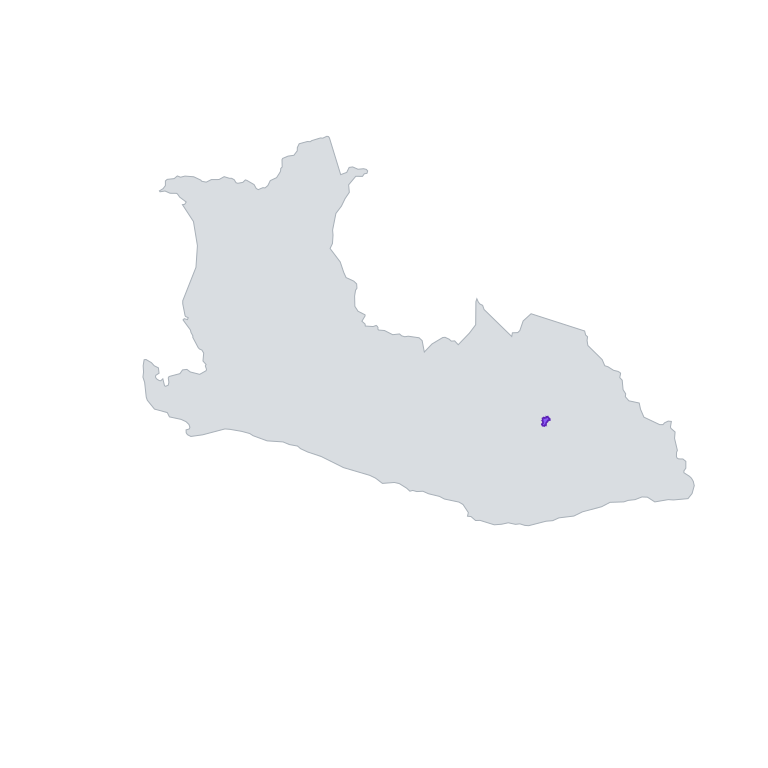 Cusco, Cusco, Peru (highlighted), rotated 314°
{"feature_id": "86281439B18210308777345", "entity_name": "Cusco", "entity_type": "district", "adm_level": 2, "iso_a3": "PER", "parent_name": "Peru", "parent_adm1": "Cusco", "projection": "natural_earth1", "projection_center": [-71.976, -13.539], "detail": "fine", "context": "in_parent", "style": "filled", "palette": "violet", "viewbox_px": 768, "rotation_deg": 314, "n_neighbors": 0, "source": "geoboundaries", "source_scale": "gbopen_adm2", "svg_char_len": 5813}
<svg xmlns="http://www.w3.org/2000/svg" viewBox="0 0 768 768"><g transform="rotate(314 384 384)"><path d="M526.1,222.2L525.9,224.3L523.7,225.4L521.5,223.8L518.4,224.3L513.8,219.4L502.7,220.2L497.8,225.9L490.4,227.2L482.4,229.8L473.3,230.9L459.0,240.1L455.7,243.9L449.3,249.3L444.0,251.1L441.4,267.7L436.3,277.5L434.2,282.8L437.0,290.8L437.0,294.8L434.1,298.0L431.7,298.4L426.8,301.8L419.6,309.1L418.3,314.8L420.6,322.3L419.8,323.1L413.8,324.5L414.0,328.7L412.7,330.3L417.8,336.3L420.7,337.7L420.8,339.2L420.3,340.7L419.2,341.4L419.1,342.7L422.8,347.2L425.5,356.0L430.8,360.4L430.9,363.2L432.4,366.1L435.2,368.2L441.6,377.1L441.7,381.3L435.0,390.8L446.1,390.7L458.3,394.0L460.0,395.5L461.5,399.8L461.6,402.6L464.1,404.9L463.8,410.1L479.9,410.1L490.3,408.8L507.1,392.9L509.8,391.6L508.4,395.1L508.2,397.6L509.1,400.3L507.1,404.2L506.9,442.9L510.0,440.8L513.9,444.5L516.8,444.6L526.0,440.3L536.7,441.0L561.5,491.5L559.3,495.0L559.4,497.6L556.4,499.8L553.3,503.9L553.1,524.0L550.5,530.1L552.0,533.2L553.3,539.6L555.6,543.5L556.2,545.9L555.9,546.9L552.4,549.1L552.2,552.7L546.0,559.9L544.8,564.7L542.5,566.4L542.0,571.8L547.6,580.8L544.0,586.1L540.7,594.0L546.3,610.6L548.6,612.9L551.0,612.8L554.7,614.2L556.7,616.7L552.1,619.9L551.4,621.2L551.7,626.7L546.7,630.8L540.0,641.2L538.2,641.8L534.8,644.9L534.3,646.5L534.8,648.0L537.7,651.1L538.0,654.9L533.1,659.6L529.8,660.1L528.5,661.4L529.8,667.8L529.8,670.7L528.8,674.1L526.4,677.8L519.2,681.7L512.7,682.3L501.7,672.8L498.3,668.8L487.3,660.7L485.6,652.1L481.9,648.0L475.2,644.9L469.9,640.5L465.8,638.4L455.9,628.8L446.9,625.8L430.0,615.6L420.9,612.3L409.2,602.8L402.9,600.3L397.9,595.9L382.6,586.5L380.1,583.5L377.8,578.9L374.4,576.1L370.5,569.8L364.8,566.0L359.3,561.1L352.6,547.8L349.4,544.7L349.1,538.7L346.9,535.9L350.1,534.0L352.2,524.6L351.1,519.9L343.2,507.3L341.7,502.0L336.0,492.3L333.9,486.5L329.4,482.3L327.4,478.6L324.9,477.1L324.8,472.7L323.0,464.2L320.4,459.9L311.4,451.9L310.4,443.3L308.4,437.2L295.7,412.9L288.3,389.4L282.1,376.4L279.5,368.9L279.3,364.9L274.7,358.0L272.2,351.6L261.9,339.4L255.9,325.8L255.1,321.8L251.0,314.4L244.4,304.7L241.2,300.8L221.4,288.8L212.1,281.5L211.0,277.8L211.5,275.6L213.5,273.5L216.3,275.1L218.0,274.5L219.4,271.8L219.4,267.8L217.6,262.6L211.3,252.5L212.9,248.0L206.5,236.3L207.9,225.0L209.4,222.1L218.9,210.7L221.5,205.8L225.6,202.7L229.8,198.1L234.8,194.6L236.3,195.8L237.8,201.9L237.5,206.0L238.9,210.5L235.5,214.7L231.7,213.8L230.2,214.8L229.7,216.8L230.3,219.9L231.3,221.2L234.1,221.3L230.3,227.3L230.6,228.5L233.3,229.6L235.8,228.1L238.5,224.6L240.1,224.2L249.7,230.0L254.2,229.3L257.6,232.1L258.1,236.3L262.9,244.7L270.0,246.8L271.3,246.1L272.9,242.9L274.4,242.5L274.8,237.8L281.0,232.8L281.9,229.4L281.0,227.0L281.1,225.1L284.7,214.1L285.9,213.0L287.0,209.4L288.4,207.2L290.5,194.9L292.2,194.9L293.8,197.9L295.7,197.1L294.7,194.3L295.0,193.4L301.9,183.5L304.1,181.4L337.3,167.7L353.9,153.7L368.5,134.1L373.0,114.4L374.7,115.8L377.5,115.3L376.5,107.3L377.2,103.5L377.1,102.4L372.6,97.6L370.7,92.4L366.7,89.4L366.9,88.3L371.1,89.4L374.9,88.9L378.2,85.7L380.6,85.9L386.0,90.4L390.1,90.8L391.4,94.0L395.3,96.4L400.9,103.2L403.4,110.6L403.2,112.0L405.7,115.9L411.1,117.8L416.5,123.3L422.1,125.0L424.6,129.9L426.1,131.5L426.9,134.3L426.0,137.7L426.8,139.4L431.0,142.4L434.5,142.5L435.2,143.9L437.2,152.0L435.9,156.2L436.4,158.5L441.1,160.5L442.4,162.2L446.1,162.6L451.3,160.9L457.8,163.4L462.8,162.4L465.1,161.8L467.4,160.0L469.4,160.0L474.5,154.8L475.9,154.4L481.3,156.7L485.9,160.3L491.5,159.6L493.9,157.4L497.9,156.1L505.3,160.5L507.0,162.6L509.0,163.0L516.9,167.4L518.3,169.2L522.5,170.8L523.4,172.2L523.1,173.8L504.5,207.4L510.3,210.2L515.6,208.5L518.4,210.7L520.4,216.1L524.7,219.8L526.1,222.2Z" fill="#d9dde1" stroke="#a8b0b8" stroke-width="1"/><path d="M465.2,528.6L465.3,528.6L465.5,528.6L465.6,528.4L465.8,528.3L465.8,528.5L466.0,528.7L466.1,528.8L466.3,528.9L466.4,529.0L466.4,528.9L466.5,528.9L466.8,528.9L467.1,528.8L467.2,528.7L467.3,528.7L467.5,528.7L467.7,528.4L467.8,528.4L467.9,528.2L468.0,528.2L468.2,527.9L468.3,527.8L468.5,527.8L468.9,527.7L469.0,527.6L469.3,527.7L469.5,527.7L469.8,527.7L470.0,527.7L470.1,527.8L470.3,527.9L470.5,527.8L470.5,527.7L470.7,527.8L470.8,527.8L471.0,527.7L471.1,527.4L471.3,527.4L471.3,527.2L471.5,527.2L471.5,527.3L471.8,527.4L471.9,527.5L472.0,527.5L472.3,527.7L472.4,527.8L472.5,527.8L472.8,527.9L472.9,528.0L473.0,528.1L473.1,528.3L473.3,528.4L473.4,528.2L473.5,528.1L473.7,527.9L473.9,527.7L474.0,527.6L473.9,527.5L473.9,527.4L473.7,527.3L473.7,527.2L473.6,526.9L473.9,526.7L474.0,526.7L474.0,526.4L474.1,526.2L474.0,525.9L474.1,525.7L474.1,525.4L474.0,525.2L474.0,524.9L473.9,524.9L473.9,524.7L474.0,524.6L474.3,524.4L474.2,524.3L474.0,524.2L473.9,524.1L473.7,523.9L473.4,523.8L473.3,523.7L473.2,523.6L473.1,523.8L473.0,524.0L472.9,524.0L472.9,523.9L472.8,524.0L472.7,524.0L472.4,524.1L472.2,524.0L472.0,523.9L471.9,523.7L471.6,523.5L471.5,523.4L471.4,523.3L471.2,523.2L470.9,523.1L470.9,522.9L471.0,522.8L471.0,522.7L470.9,522.3L471.0,522.3L470.9,522.1L470.7,522.1L470.4,522.1L470.2,522.2L469.9,522.0L469.7,522.0L469.7,521.9L469.4,521.8L469.3,522.0L469.2,522.1L468.9,522.3L468.9,522.5L468.7,522.9L468.6,523.0L468.4,523.3L468.2,523.4L467.9,523.4L467.7,523.5L467.6,523.8L467.5,523.7L467.5,523.8L467.5,524.0L467.4,524.2L467.3,524.3L467.2,524.6L467.2,524.9L467.2,525.0L466.9,525.1L466.7,525.0L466.4,525.3L466.3,525.5L466.2,525.6L466.1,525.8L465.9,525.8L465.9,525.7L465.8,525.8L465.7,525.8L465.5,525.7L465.4,525.7L465.2,525.4L464.8,525.3L464.7,525.3L464.5,525.5L464.4,525.7L464.5,525.8L464.5,526.0L464.5,526.3L464.4,526.4L464.3,526.5L464.3,526.8L464.3,527.0L464.2,527.1L464.3,527.2L464.3,527.3L464.4,527.5L464.5,527.7L464.7,527.8L464.8,527.9L464.9,528.0L465.0,528.1L465.2,528.3L465.2,528.6L465.2,528.6Z" fill="#8b5cf6" stroke="#5b21b6" stroke-width="1.5"/></g></svg>